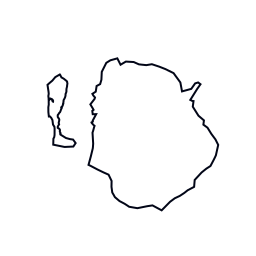 Nembe, Bayelsa, Nigeria (orthographic projection), rotated 205°
{"feature_id": "59680162B49362321791702", "entity_name": "Nembe", "entity_type": "district", "adm_level": 2, "iso_a3": "NGA", "parent_name": "Nigeria", "parent_adm1": "Bayelsa", "projection": "orthographic", "projection_center": [6.44, 4.512], "detail": "fine", "context": "isolated", "style": "outline", "palette": "ink", "viewbox_px": 256, "rotation_deg": 205, "n_neighbors": 0, "source": "geoboundaries", "source_scale": "gbopen_adm2", "svg_char_len": 3789}
<svg xmlns="http://www.w3.org/2000/svg" viewBox="0 0 256 256"><g transform="rotate(205 128 128)"><path d="M43.2,102.6L45.6,109.1L42.5,118.8L39.8,124.3L37.2,128.4L36.9,134.4L36.8,137.8L36.8,140.4L39.1,150.8L43.9,154.6L50.0,157.9L56.1,161.9L61.1,162.9L62.4,167.0L69.3,168.9L78.3,174.7L80.0,180.1L81.3,179.7L83.4,179.8L81.8,192.7L80.8,198.3L83.7,198.9L86.0,196.8L87.2,190.2L94.5,184.0L99.8,191.4L105.2,194.4L106.5,195.1L109.9,197.0L119.0,197.2L125.6,196.8L133.3,195.9L138.0,192.7L145.0,190.3L150.7,190.2L158.0,187.3L161.5,182.2L167.1,186.6L172.6,181.9L175.2,177.9L175.5,167.8L172.5,160.5L171.8,156.0L174.2,152.8L172.6,147.3L174.7,143.9L173.2,142.8L170.8,141.7L170.6,140.2L172.1,133.5L168.1,130.8L166.9,129.9L167.6,128.4L165.8,125.6L162.7,127.1L163.1,119.8L162.6,119.0L162.8,118.3L163.4,117.8L163.4,117.5L162.9,117.2L160.7,116.2L159.2,115.8L159.1,114.6L158.4,110.6L158.2,108.8L152.9,99.0L152.5,97.9L151.8,96.1L151.3,94.6L149.7,86.6L148.2,77.9L146.4,77.9L138.0,77.5L131.5,77.4L125.9,77.5L120.5,73.1L118.1,67.7L117.9,67.4L115.0,62.9L112.1,60.9L111.9,60.7L110.6,59.8L105.2,58.3L104.9,58.2L99.0,57.9L95.5,57.4L93.7,57.1L85.6,59.3L77.6,65.2L74.6,67.2L73.1,68.2L62.7,67.6L58.7,78.9L55.9,84.1L52.4,88.3L49.5,93.0L47.6,96.8L43.2,102.6ZM219.2,133.1L215.3,127.2L214.3,125.5L213.7,123.3L212.3,121.0L211.6,119.5L211.6,120.6L211.6,121.0L211.3,121.5L211.2,121.6L211.1,121.8L210.9,121.9L209.1,122.0L208.9,121.9L208.6,121.8L208.2,121.6L207.9,121.5L207.7,121.4L207.6,120.9L207.5,120.7L207.2,120.6L207.1,120.2L207.3,120.2L207.6,120.3L207.7,120.5L207.9,120.6L208.0,120.7L208.1,121.0L208.4,121.2L208.8,121.4L209.0,121.5L209.3,121.6L210.8,121.6L211.1,121.4L211.2,121.1L211.3,119.0L210.4,117.1L209.7,115.7L209.0,113.2L206.9,108.8L204.6,105.0L203.8,105.5L201.9,104.8L199.8,103.2L197.4,99.4L195.2,98.0L194.2,96.3L191.6,90.6L191.0,88.5L191.1,86.8L188.7,81.3L177.5,84.0L169.7,88.1L169.1,92.2L172.9,94.3L175.9,93.4L180.0,92.7L186.5,93.5L186.8,93.8L186.6,94.0L186.8,94.6L187.0,94.9L187.3,95.1L187.5,95.2L187.7,95.5L187.9,95.6L188.1,95.7L188.2,95.8L188.3,96.0L188.6,96.7L188.7,97.3L188.8,97.4L189.1,97.6L189.2,97.8L189.5,97.9L189.6,98.0L190.0,98.3L191.7,98.4L191.8,98.5L191.9,98.8L192.0,99.1L192.2,99.5L192.2,100.7L192.0,101.9L192.0,102.2L192.2,102.3L192.3,102.5L192.6,102.8L192.7,103.1L192.8,103.2L192.9,103.3L193.1,103.7L193.2,104.1L193.2,104.4L193.3,104.9L193.5,105.5L193.6,106.0L193.7,106.3L193.8,106.5L194.0,106.8L194.4,107.2L194.6,107.3L194.9,107.4L195.0,107.6L195.3,107.7L195.5,107.8L195.8,108.0L196.2,108.2L196.4,108.5L196.5,108.7L196.7,109.0L196.8,109.3L196.9,109.5L197.1,109.9L197.1,110.4L196.9,110.8L196.8,111.7L196.7,112.6L196.5,113.1L196.4,113.4L196.3,113.6L196.3,113.9L196.3,114.3L196.4,115.6L196.5,116.2L196.5,117.9L196.8,117.9L196.9,118.0L197.1,118.1L197.2,118.3L197.2,118.8L197.1,119.2L196.8,119.4L196.7,119.7L196.7,120.9L196.7,121.0L196.8,121.6L196.9,121.9L196.9,122.4L197.1,122.4L197.2,122.9L197.3,123.6L197.4,124.0L197.6,124.5L197.7,125.0L197.8,125.1L198.0,125.6L198.1,126.1L198.1,126.9L198.0,127.4L198.0,127.7L198.0,127.8L198.0,129.2L198.1,129.6L198.1,129.8L198.2,130.4L198.3,130.9L198.5,131.3L198.6,131.6L198.7,131.9L198.9,132.2L199.0,132.7L199.0,132.9L199.0,133.8L199.1,134.3L199.2,135.0L199.4,135.3L199.5,135.7L199.6,135.9L199.8,136.2L199.9,136.3L200.0,136.8L200.1,137.0L200.3,137.5L200.4,137.9L200.5,138.5L200.7,139.3L200.8,139.8L200.9,140.3L201.1,140.7L201.2,140.8L201.3,141.2L201.4,141.7L201.6,142.3L201.7,142.7L201.8,142.9L201.9,143.0L202.1,143.3L202.5,143.7L202.6,143.9L202.7,144.1L202.8,144.3L203.2,144.5L203.4,144.6L203.6,144.7L204.3,144.8L204.8,145.0L205.4,145.1L205.8,145.2L206.5,145.4L207.0,145.5L207.9,145.6L209.3,145.7L209.7,145.7L210.4,146.3L211.4,147.0L211.8,147.4L212.4,147.7L215.4,143.4L216.6,138.9L218.0,135.9L219.2,133.1Z" fill="none" stroke="#020617" stroke-width="2"/></g></svg>